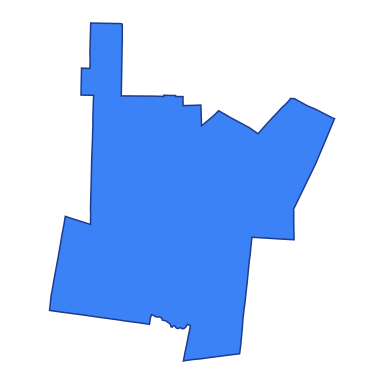 outline of Afumati, Dolj, Romania
{"feature_id": "2599482B89919086684151", "entity_name": "Afumati", "entity_type": "district", "adm_level": 2, "iso_a3": "ROU", "parent_name": "Romania", "parent_adm1": "Dolj", "projection": "mercator", "projection_center": [23.444, 44.0], "detail": "fine", "context": "isolated", "style": "filled", "palette": "blue", "viewbox_px": 384, "rotation_deg": 0, "n_neighbors": 0, "source": "geoboundaries", "source_scale": "gbopen_adm2", "svg_char_len": 3208}
<svg xmlns="http://www.w3.org/2000/svg" viewBox="0 0 384 384"><path d="M239.6,353.8L240.6,346.0L241.1,341.3L242.0,331.2L242.3,328.2L243.1,317.2L243.6,313.5L244.1,309.1L245.2,301.0L246.2,290.9L246.6,287.5L247.3,281.5L247.6,277.7L248.7,267.1L249.2,261.8L250.0,255.8L250.3,253.4L251.0,245.6L251.4,241.6L251.7,238.9L251.8,238.7L251.9,237.3L252.6,237.3L262.8,237.9L280.3,239.0L293.1,239.7L294.0,239.8L294.1,238.4L293.9,232.0L293.7,220.9L293.8,217.2L293.7,215.4L293.8,213.4L293.5,209.4L293.6,209.1L294.7,206.9L307.6,180.3L309.3,176.9L312.3,170.7L315.7,163.6L320.3,152.6L325.5,140.4L331.3,126.4L332.7,123.0L334.5,118.7L334.3,118.7L331.4,117.4L315.9,109.4L307.6,105.9L294.3,98.6L292.8,98.6L291.4,98.5L290.4,98.5L289.0,100.6L285.9,103.9L281.3,108.2L276.6,113.4L272.1,118.0L263.6,127.4L258.5,133.3L258.1,133.7L248.1,126.9L247.7,126.8L245.5,125.7L244.0,124.8L237.7,121.4L232.1,118.4L230.5,117.6L228.6,116.5L227.9,116.0L227.2,115.6L226.2,115.0L225.3,114.6L225.2,114.5L224.9,114.2L224.4,113.9L224.0,113.7L223.6,113.5L223.2,113.4L221.8,112.5L218.6,110.7L218.5,110.8L216.8,112.6L214.7,114.7L213.2,116.0L211.4,117.6L209.7,119.0L207.4,120.9L205.7,122.3L204.0,123.8L203.2,124.5L201.6,125.9L201.5,124.6L201.4,121.7L201.3,118.4L201.2,114.7L201.1,112.5L201.0,108.5L200.9,105.1L196.5,105.2L192.1,105.4L189.6,105.4L187.2,105.5L183.1,105.6L183.1,105.3L183.0,99.8L183.0,96.6L175.7,96.5L175.7,96.0L175.6,95.5L173.8,95.5L168.9,95.4L163.9,95.2L163.9,96.4L151.9,96.1L121.3,95.9L121.3,94.7L122.1,47.0L122.1,45.9L122.3,41.7L122.3,33.6L122.3,28.2L122.3,25.3L122.3,24.6L122.2,24.3L122.0,24.0L121.7,23.8L121.4,23.6L120.9,23.6L105.0,23.3L94.1,23.1L90.7,23.0L90.3,38.2L89.9,53.3L90.1,59.2L89.9,68.4L81.5,68.1L81.0,95.1L93.6,95.3L93.1,109.0L92.9,118.3L92.9,126.1L92.8,128.6L92.7,129.9L92.6,133.0L92.5,138.3L91.6,162.1L91.5,168.1L91.2,182.3L90.7,199.6L90.5,210.2L90.7,213.2L90.6,215.3L90.5,224.4L88.1,223.7L71.8,218.5L69.6,217.8L68.2,217.3L65.3,216.3L65.0,218.0L63.9,224.9L62.0,234.6L61.0,240.7L58.6,254.7L53.5,282.4L52.0,291.4L51.2,295.0L50.7,299.0L50.6,300.7L50.5,301.8L50.3,303.4L50.2,304.5L50.0,306.5L49.8,307.9L49.6,309.3L49.5,310.4L51.2,310.7L58.6,311.7L61.1,312.1L65.2,312.6L75.9,314.0L84.2,315.1L89.5,315.9L97.9,317.1L105.9,318.2L118.5,319.9L122.9,320.6L130.6,321.7L132.6,321.9L137.8,322.6L148.9,324.2L149.4,324.3L149.9,321.8L150.2,318.6L151.6,314.5L152.3,314.8L152.5,314.9L152.7,315.1L152.8,315.1L153.0,315.2L153.2,315.3L153.5,315.5L153.9,315.7L154.7,316.2L156.0,316.8L157.0,317.0L158.1,317.0L158.9,317.0L159.8,317.0L160.6,317.5L161.6,318.2L162.1,318.7L162.2,319.4L162.2,319.9L162.4,320.1L163.1,320.3L164.6,320.5L165.7,320.8L166.8,321.6L167.1,321.8L169.7,323.5L170.3,324.5L171.0,326.7L171.1,326.8L172.0,327.2L173.4,325.8L174.4,325.8L174.9,326.2L175.1,326.6L175.6,327.0L175.8,327.5L176.4,328.0L177.3,328.4L178.1,328.5L179.1,328.2L179.6,328.0L180.2,327.7L180.6,327.7L181.3,328.0L181.7,328.4L182.1,328.7L182.4,328.9L183.4,328.6L184.1,328.5L185.1,327.6L185.9,326.9L186.5,325.8L187.3,324.3L189.0,325.1L190.3,325.7L190.1,327.0L189.6,330.1L188.6,334.6L187.7,339.3L187.3,341.3L186.4,345.9L184.8,353.4L183.4,361.0L185.7,360.5L193.9,359.4L200.9,358.8L210.7,357.4L230.3,354.9L239.6,353.8Z" fill="#3b82f6" stroke="#1e3a8a" stroke-width="1.5"/></svg>